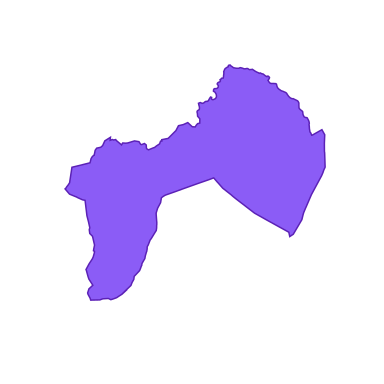 the district of San Mateo Peñasco, Oaxaca, Mexico, rotated 328°
{"feature_id": "50627088B42338204291067", "entity_name": "San Mateo Peñasco", "entity_type": "district", "adm_level": 2, "iso_a3": "MEX", "parent_name": "Mexico", "parent_adm1": "Oaxaca", "projection": "robinson", "projection_center": [-97.488, 17.14], "detail": "fine", "context": "isolated", "style": "filled", "palette": "violet", "viewbox_px": 384, "rotation_deg": 328, "n_neighbors": 0, "source": "geoboundaries", "source_scale": "gbopen_adm2", "svg_char_len": 4435}
<svg xmlns="http://www.w3.org/2000/svg" viewBox="0 0 384 384"><g transform="rotate(328 192 192)"><path d="M236.9,130.7L237.4,134.1L235.1,137.7L233.0,137.0L231.0,137.6L229.2,138.5L226.8,136.8L225.2,130.9L220.3,130.2L215.7,128.6L210.9,131.4L200.2,133.9L194.1,131.6L193.4,132.8L192.3,132.2L190.0,134.0L186.2,134.1L183.7,134.4L182.9,134.1L177.5,133.2L176.7,131.9L176.6,130.6L178.1,127.9L177.4,125.7L174.4,125.1L173.7,124.4L173.7,121.2L170.3,118.2L166.6,117.2L163.6,116.4L161.7,115.5L159.2,113.7L157.2,114.7L155.1,108.1L155.1,107.1L153.1,106.4L152.3,105.3L150.0,104.8L151.8,102.4L150.6,102.4L145.2,102.4L140.8,105.3L138.3,105.7L134.4,104.3L132.0,105.3L128.5,109.0L128.0,108.8L126.1,109.2L125.9,109.3L124.1,110.2L121.0,113.2L108.1,109.0L103.3,107.4L93.1,119.3L90.5,120.5L88.5,121.2L87.1,121.9L86.0,122.1L87.0,128.9L91.0,134.5L91.3,134.7L91.8,135.8L95.0,140.6L96.9,142.4L90.3,156.5L88.4,162.5L86.4,168.1L86.1,168.5L85.9,168.6L84.9,169.5L83.3,173.0L84.1,176.5L84.0,177.3L81.2,185.4L79.2,187.5L78.9,187.8L77.3,189.6L77.9,190.6L76.9,191.9L73.7,194.8L71.8,196.0L66.8,198.3L61.0,201.6L60.8,202.7L59.0,208.7L58.4,211.2L58.5,218.5L53.3,219.5L50.0,222.3L49.6,223.7L49.3,228.2L48.8,230.0L56.7,234.7L59.7,235.3L64.5,237.9L64.8,238.2L66.1,240.3L68.8,241.0L72.1,241.7L75.1,241.6L78.0,241.6L80.8,241.0L80.6,241.2L83.7,240.6L83.4,240.4L90.7,238.9L93.2,237.0L96.3,235.3L98.3,232.9L105.9,230.9L108.0,229.4L109.6,228.1L110.5,227.6L111.6,226.2L115.3,224.2L116.7,223.5L118.6,221.4L121.4,218.9L122.1,218.4L123.9,216.4L124.4,215.5L125.3,214.5L126.7,213.8L130.3,211.1L131.3,210.4L132.6,210.0L139.0,206.8L139.2,206.7L140.0,206.3L140.2,206.2L141.2,205.8L142.9,203.8L144.4,201.5L144.7,201.2L146.0,199.2L146.6,198.0L146.7,197.8L150.3,191.0L150.4,190.9L150.5,190.9L150.6,190.7L154.3,187.5L159.7,184.4L163.0,180.7L164.9,180.5L165.8,180.5L166.1,180.5L166.7,180.5L167.4,180.5L168.5,180.7L177.4,182.7L185.5,184.4L200.1,187.6L212.4,190.4L217.2,191.4L217.3,191.4L217.9,191.6L218.8,197.5L218.9,197.8L220.1,205.1L223.7,215.1L224.1,216.4L224.1,216.6L225.5,220.7L233.8,243.0L236.8,248.5L240.5,255.3L246.4,265.9L252.8,277.4L251.3,281.6L255.5,281.5L270.5,273.7L274.4,269.9L275.9,268.6L276.9,267.9L279.0,266.4L279.5,266.0L280.2,265.6L291.9,257.5L310.5,246.9L313.4,244.9L314.2,244.2L315.7,243.0L317.6,241.8L318.1,241.4L325.3,229.0L325.8,227.8L326.1,227.3L330.1,220.8L334.9,213.8L335.2,208.0L324.1,207.5L323.6,207.3L324.0,204.8L323.9,203.4L324.6,201.9L325.0,200.8L326.4,198.2L327.0,196.8L327.9,195.9L328.5,194.4L328.8,193.0L328.9,191.2L329.0,190.2L328.7,189.7L327.8,189.0L327.0,187.9L326.9,187.4L327.0,186.9L327.2,185.1L328.4,182.6L328.4,182.0L327.9,180.6L327.4,179.0L327.2,178.1L327.5,177.0L328.0,176.2L328.7,174.9L329.8,173.2L330.0,171.5L329.8,170.5L329.4,169.9L328.8,168.9L328.2,168.0L327.6,167.0L327.2,166.4L326.4,166.0L325.9,165.3L325.2,164.2L325.0,163.4L324.7,162.4L324.6,161.4L324.5,159.5L324.6,159.0L324.5,158.1L324.1,157.1L323.4,156.2L322.8,155.2L321.9,154.1L321.2,153.2L320.9,152.3L320.4,151.3L320.2,150.7L319.9,149.5L319.9,148.3L320.1,147.3L320.8,145.3L320.5,144.5L318.4,143.0L316.9,142.1L316.0,141.3L315.8,140.5L315.6,139.4L315.6,137.6L316.5,137.3L317.9,136.5L318.4,136.0L318.4,135.5L318.1,134.3L317.8,133.9L317.1,133.7L316.7,133.9L315.8,132.4L314.9,129.7L313.5,128.3L313.3,127.6L312.8,127.1L311.9,127.0L311.4,125.9L310.4,124.5L309.4,122.6L308.2,119.9L307.3,119.6L306.4,119.1L305.6,118.7L305.1,117.9L304.8,117.0L304.3,116.5L304.0,116.3L303.4,116.1L302.4,115.7L301.6,115.2L301.0,114.6L300.7,114.0L299.9,113.2L299.1,112.3L298.6,112.0L298.1,112.0L297.4,111.9L296.5,111.4L295.6,110.8L294.7,110.2L294.2,109.6L293.1,108.7L292.4,106.9L291.9,105.8L291.8,105.5L291.7,104.6L290.6,104.0L289.9,104.0L289.3,104.9L288.8,105.0L288.4,104.8L285.5,104.9L284.4,105.5L282.6,106.8L282.2,107.8L281.4,108.9L280.6,109.8L279.9,110.8L278.9,111.9L277.3,111.2L276.4,111.6L275.5,111.6L275.2,111.7L275.3,112.1L274.9,112.9L274.1,113.3L273.1,113.1L272.0,113.0L270.9,113.4L270.5,114.1L270.6,114.7L270.7,115.8L269.6,117.1L268.2,117.4L267.1,117.0L265.9,116.3L265.5,116.2L264.4,116.8L263.6,117.9L264.4,119.6L264.3,121.9L263.7,123.4L262.9,124.5L261.4,125.2L260.0,125.1L258.9,124.9L258.2,124.5L257.8,123.6L258.8,122.2L258.1,121.3L257.5,121.5L255.9,122.3L254.3,123.2L253.1,123.3L251.8,122.5L250.7,122.4L249.0,122.7L247.6,122.2L246.4,120.5L244.5,120.2L243.9,121.9L243.4,123.6L242.8,124.8L241.9,125.9L239.6,126.0L238.7,126.7L238.1,128.4L236.9,130.7Z" fill="#8b5cf6" stroke="#5b21b6" stroke-width="1.5"/></g></svg>